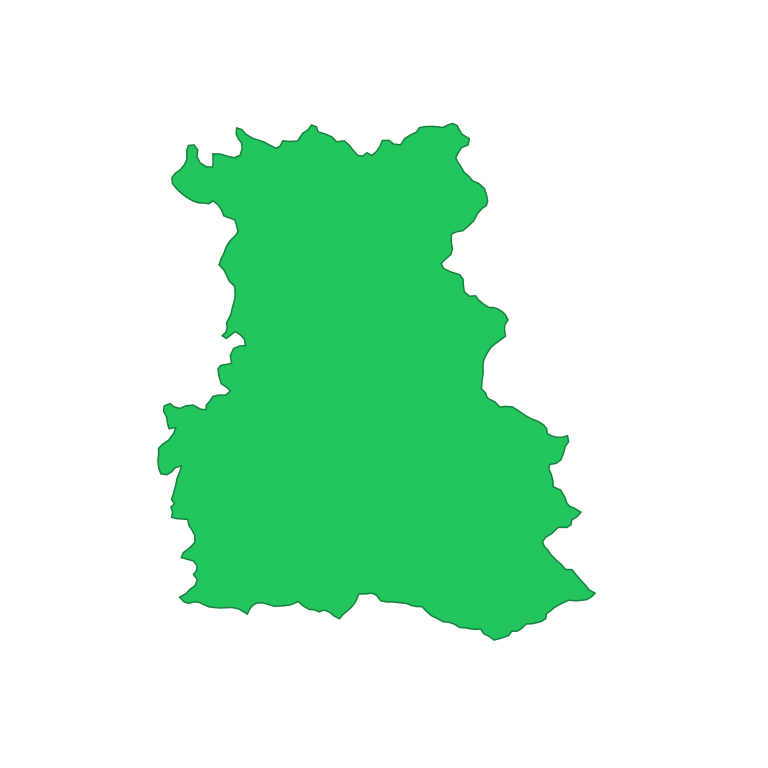 Bom Sucesso, Minas Gerais, Brazil (orthographic projection), rotated 108°
{"feature_id": "56859067B71909966942308", "entity_name": "Bom Sucesso", "entity_type": "district", "adm_level": 2, "iso_a3": "BRA", "parent_name": "Brazil", "parent_adm1": "Minas Gerais", "projection": "orthographic", "projection_center": [-44.79, -21.016], "detail": "fine", "context": "isolated", "style": "filled", "palette": "green", "viewbox_px": 768, "rotation_deg": 108, "n_neighbors": 0, "source": "geoboundaries", "source_scale": "gbopen_adm2", "svg_char_len": 4707}
<svg xmlns="http://www.w3.org/2000/svg" viewBox="0 0 768 768"><g transform="rotate(108 384 384)"><path d="M649.9,512.5L653.0,506.9L653.0,501.9L649.9,497.4L648.8,492.6L649.5,487.4L650.0,481.1L648.9,475.8L647.7,470.8L645.5,464.8L643.5,459.4L642.8,452.8L644.0,447.4L645.1,442.9L640.7,442.4L635.9,440.9L632.0,437.9L629.6,432.1L629.4,425.5L629.2,419.5L626.2,411.4L622.8,404.4L617.5,398.4L620.1,392.3L621.5,385.3L620.3,380.3L620.8,375.3L617.4,370.8L618.0,364.9L620.1,359.7L621.0,353.7L616.8,352.2L611.7,349.2L606.5,346.1L601.7,344.2L596.9,343.4L591.5,343.1L589.4,336.8L586.6,330.8L587.3,325.7L591.3,320.0L590.3,313.5L588.5,308.2L587.1,301.2L585.7,294.9L586.2,289.1L585.6,284.5L584.0,279.2L586.8,273.8L589.7,267.3L590.4,261.5L591.8,254.2L590.6,248.4L590.7,242.9L592.2,236.6L590.6,230.8L590.1,225.8L589.0,221.0L587.1,216.3L590.6,212.2L591.6,205.7L593.5,200.2L590.6,195.7L587.3,191.1L584.6,187.6L579.7,186.2L577.8,180.8L573.5,177.2L568.4,174.8L566.2,169.0L563.8,165.0L560.9,160.7L556.9,157.6L552.2,158.6L548.2,155.4L544.2,153.1L539.7,149.1L535.3,144.6L532.5,141.3L531.0,134.8L529.0,130.0L526.4,124.5L522.4,121.0L517.8,118.5L516.3,125.7L513.3,129.8L510.5,135.1L506.7,141.4L502.5,147.8L504.3,154.1L500.8,159.7L498.3,165.7L495.0,172.2L491.0,177.3L488.8,181.5L485.0,184.5L479.6,182.8L474.5,178.3L466.5,174.0L463.9,165.6L460.0,162.7L455.3,163.4L450.5,159.4L445.1,157.1L443.3,164.4L442.9,170.1L440.2,173.8L435.5,177.3L430.4,183.0L429.4,191.3L423.8,193.5L418.2,197.1L413.7,201.1L409.2,201.5L406.4,195.8L401.3,192.3L393.6,191.9L387.4,192.3L382.0,190.6L376.4,193.5L379.5,197.8L381.1,202.6L381.6,207.3L380.8,213.4L376.4,215.4L373.6,219.5L372.0,225.5L371.7,232.3L370.8,237.6L369.6,242.3L368.0,247.6L366.1,254.6L367.7,261.4L370.1,266.6L366.8,272.9L365.4,281.4L361.1,284.8L358.4,289.8L350.9,291.8L342.9,293.1L336.1,295.5L331.3,296.5L325.9,296.1L321.0,295.0L316.3,293.8L311.5,290.8L306.7,287.3L300.9,283.2L295.2,286.2L290.1,287.3L284.9,285.8L280.9,289.6L278.6,294.1L277.5,298.6L277.5,303.6L278.8,308.1L277.2,314.1L274.6,320.7L271.8,324.0L274.1,329.8L271.5,336.1L266.0,338.8L259.8,341.3L256.7,345.6L256.8,354.7L255.7,363.1L251.9,366.9L246.7,364.4L240.1,360.4L234.1,360.7L229.3,363.4L225.1,365.0L220.5,366.2L216.7,361.8L213.9,356.5L208.5,353.0L201.0,349.1L192.5,347.6L186.5,344.9L182.9,341.9L178.5,341.8L173.6,344.2L167.2,348.7L163.9,356.2L163.4,362.5L160.4,367.3L157.8,373.3L153.9,377.6L150.3,382.1L147.0,385.6L142.4,385.1L135.3,383.4L130.7,377.9L124.4,378.6L122.3,387.1L118.7,391.2L115.6,394.3L115.0,399.4L118.3,403.6L122.0,407.5L122.7,412.1L123.9,417.1L126.2,423.8L129.3,429.6L134.7,431.1L138.4,435.3L144.1,440.1L151.4,442.2L152.8,448.9L150.7,454.5L153.0,461.0L158.9,461.2L165.2,463.0L170.3,466.1L169.4,471.7L173.7,474.6L174.8,479.4L170.9,486.1L167.6,490.9L165.0,497.1L168.3,503.7L165.1,510.0L164.3,517.9L164.6,524.6L160.3,527.7L160.1,533.0L165.7,534.8L170.7,538.8L179.6,541.3L182.4,548.4L184.0,555.4L189.9,556.4L193.2,559.4L192.2,566.0L190.9,573.2L190.9,584.8L189.0,592.9L186.0,597.6L186.0,603.2L191.8,601.9L196.0,598.1L198.6,594.1L203.8,591.6L211.1,591.6L215.0,596.3L215.7,602.2L215.9,610.7L218.0,617.9L224.9,615.4L230.7,613.9L232.3,620.0L230.4,627.4L225.3,632.2L218.9,633.5L215.3,638.6L217.7,643.8L222.8,643.8L226.8,642.3L231.7,640.8L237.1,641.6L243.1,643.9L248.1,647.6L253.3,649.5L258.7,647.1L261.8,642.6L263.9,638.6L265.7,634.3L267.3,629.7L268.9,622.7L269.0,615.9L267.5,611.1L266.8,606.5L262.6,603.1L264.9,597.3L268.7,592.3L273.6,588.2L273.8,583.2L274.0,576.7L278.7,573.2L284.4,569.9L289.5,571.4L293.7,573.9L298.1,575.5L303.3,576.5L309.9,576.7L316.2,577.7L321.6,577.7L325.1,571.4L330.3,566.4L334.2,562.7L337.3,556.1L343.3,553.8L348.3,552.3L352.9,552.0L358.7,551.8L364.4,551.1L369.4,551.8L374.7,552.6L379.0,550.5L383.4,550.3L388.1,552.8L389.3,548.0L384.2,544.5L380.1,541.7L381.6,536.0L384.4,530.7L390.3,527.6L392.6,533.2L396.8,538.0L404.3,539.0L411.4,535.3L414.4,540.7L417.0,545.2L421.2,546.5L427.1,543.6L434.0,539.0L435.7,532.7L438.1,527.9L443.5,531.2L445.8,538.2L448.8,543.0L454.0,544.3L459.1,546.5L463.6,545.3L464.6,550.8L463.0,559.0L466.0,565.6L470.3,570.6L470.6,576.5L468.7,581.5L472.9,586.3L478.1,585.2L482.6,580.5L488.2,577.8L492.9,574.6L489.8,568.6L495.7,568.8L503.9,571.4L509.7,575.9L514.9,578.6L520.0,576.7L526.7,575.4L533.6,572.2L538.4,568.5L537.4,562.4L533.0,558.7L528.2,556.8L524.5,551.3L530.4,551.1L537.8,551.6L544.0,550.9L552.7,550.4L559.5,550.4L562.7,546.1L567.0,548.6L571.4,545.4L576.4,544.8L575.9,538.7L574.5,533.3L573.5,528.8L578.9,525.7L582.4,521.4L586.4,517.2L592.9,515.0L598.4,517.4L602.1,519.7L606.2,522.7L611.7,523.2L611.5,517.2L611.1,510.7L614.8,505.5L619.5,504.7L624.0,506.4L627.7,501.1L634.2,501.4L639.4,505.2L644.5,507.5L649.9,512.5Z" fill="#22c55e" stroke="#15803d" stroke-width="1.5"/></g></svg>